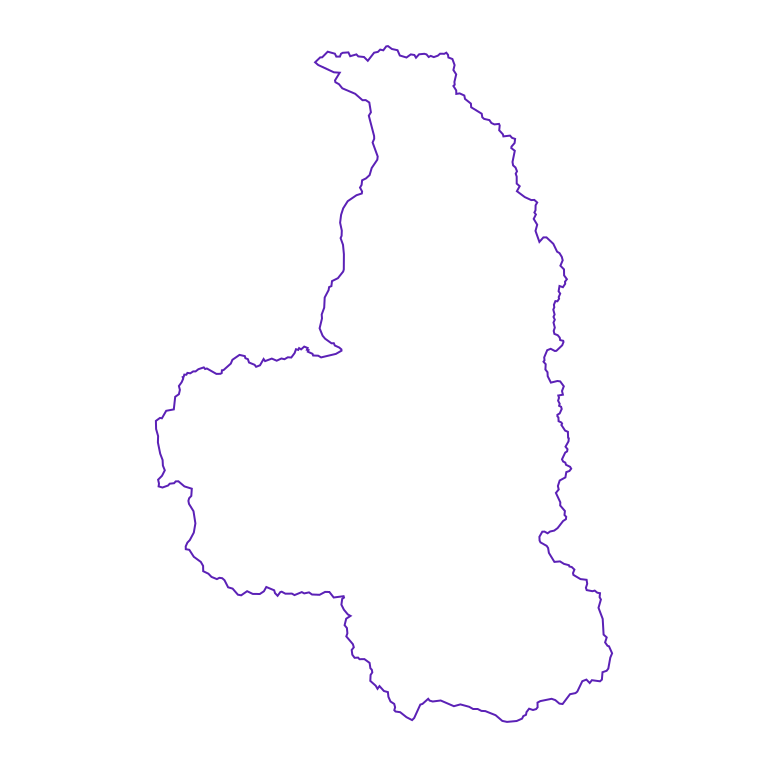 Pai, Mae Hong Son, Thailand
{"feature_id": "78962969B97978229640938", "entity_name": "Pai", "entity_type": "district", "adm_level": 2, "iso_a3": "THA", "parent_name": "Thailand", "parent_adm1": "Mae Hong Son", "projection": "robinson", "projection_center": [98.443, 19.365], "detail": "fine", "context": "isolated", "style": "outline", "palette": "violet", "viewbox_px": 768, "rotation_deg": 0, "n_neighbors": 0, "source": "geoboundaries", "source_scale": "gbopen_adm2", "svg_char_len": 6067}
<svg xmlns="http://www.w3.org/2000/svg" viewBox="0 0 768 768"><path d="M554.8,327.6L553.5,322.5L554.8,319.7L553.5,316.9L554.6,314.5L553.3,309.6L554.3,307.3L553.9,304.8L555.4,301.1L557.4,301.3L559.1,298.7L558.7,297.1L560.2,293.6L558.6,291.3L559.5,286.0L562.9,287.2L565.2,283.8L565.0,281.7L566.9,279.2L564.1,275.4L564.0,269.4L560.4,265.7L562.7,260.3L561.8,256.9L559.5,253.1L557.1,251.7L553.3,243.8L546.5,237.4L543.4,237.4L539.4,241.9L535.5,230.9L537.2,224.7L533.7,218.9L535.9,214.5L534.4,212.5L535.5,210.3L535.6,205.3L537.2,202.5L534.3,199.9L531.3,200.1L524.8,197.1L516.9,191.2L519.7,186.2L516.7,183.6L516.7,176.6L515.7,173.7L517.0,171.3L515.5,167.5L513.1,165.4L512.5,162.0L514.8,150.8L511.3,148.1L511.5,146.6L514.6,143.0L515.1,138.9L512.1,137.9L510.0,135.6L503.4,136.4L502.9,134.3L499.2,130.3L499.7,125.5L499.0,123.9L494.4,124.4L491.4,123.0L489.4,120.1L484.1,118.9L482.3,117.3L481.7,113.7L471.2,107.3L470.9,103.6L465.0,98.9L464.3,95.5L459.7,93.4L456.3,93.9L456.2,90.4L453.4,86.0L454.7,84.7L454.4,82.0L456.2,74.4L453.4,70.0L454.6,65.1L452.4,59.0L448.4,57.5L448.0,54.8L446.3,52.7L444.3,53.8L440.1,53.7L437.8,55.7L433.8,57.1L430.7,55.9L428.7,57.0L426.5,54.4L424.3,53.8L419.1,54.3L416.0,57.7L414.4,55.0L410.8,54.4L406.5,57.5L399.8,55.5L397.5,50.2L391.9,49.0L388.0,46.1L386.2,46.4L383.3,50.3L380.2,49.6L377.9,51.9L374.1,52.7L367.8,60.8L364.0,57.0L358.3,56.4L356.4,54.4L350.2,56.2L348.4,52.4L342.7,52.8L341.0,53.8L339.9,56.6L336.3,56.6L334.9,53.7L327.7,51.7L322.2,57.3L320.2,57.4L315.1,62.3L318.2,65.0L333.9,72.3L339.7,72.7L335.0,80.4L335.4,82.2L339.0,84.2L342.3,88.3L355.2,93.8L362.5,100.2L365.7,100.1L369.3,102.5L370.9,112.3L368.8,115.7L374.1,136.0L374.2,138.8L372.6,142.5L377.7,156.5L377.3,159.7L371.7,168.0L369.6,175.1L366.0,178.4L362.1,180.3L361.6,184.9L360.0,187.6L362.1,191.5L361.8,193.5L356.5,195.2L347.7,201.2L343.2,208.3L341.1,214.8L340.1,222.7L341.8,230.6L341.6,235.8L340.6,238.1L343.0,244.8L343.9,254.2L343.8,269.4L343.2,271.5L337.9,278.2L332.0,281.1L331.4,286.1L329.1,287.1L328.6,290.1L324.7,297.5L324.2,307.7L321.7,314.5L322.0,318.4L319.6,328.3L322.6,335.7L325.1,338.7L331.5,343.3L333.8,343.2L334.8,345.5L339.2,347.5L341.4,349.4L341.5,350.7L335.9,353.9L321.1,357.4L318.2,355.7L313.1,355.5L312.5,353.8L307.8,351.7L308.5,350.1L306.9,349.8L307.7,348.0L304.2,346.6L301.1,349.4L299.1,348.1L298.2,349.9L296.0,349.2L294.6,353.1L291.3,357.5L287.8,357.3L284.5,359.2L281.4,358.5L276.7,360.7L271.8,358.6L265.1,361.1L263.6,359.0L260.0,365.3L256.1,366.8L254.6,364.8L249.0,362.5L247.9,359.2L245.4,358.2L244.8,356.1L239.5,354.9L232.4,359.8L230.8,363.6L223.5,370.1L221.9,370.3L221.7,373.1L220.4,373.8L216.4,373.9L206.9,368.5L205.1,369.0L203.8,367.4L198.4,369.2L195.6,371.4L193.2,371.4L190.3,373.3L187.4,372.9L186.4,374.7L184.3,374.6L183.7,376.8L182.7,377.1L183.2,378.7L181.6,382.3L178.9,386.0L179.9,389.9L178.9,394.2L175.2,396.8L173.8,409.4L166.2,410.8L161.9,418.3L160.0,417.9L155.9,420.9L156.1,429.0L158.1,436.1L157.9,442.4L160.2,453.7L162.6,460.0L162.9,465.6L164.8,470.3L162.0,475.8L158.1,479.7L159.0,483.6L158.6,486.4L162.5,487.5L168.1,485.5L169.7,483.7L174.1,483.2L175.7,481.4L178.4,481.3L184.4,486.4L191.8,488.7L191.3,495.9L189.1,498.3L188.4,500.9L189.0,503.9L193.5,511.2L195.4,523.4L193.8,532.6L189.8,540.1L187.4,542.6L185.7,546.4L185.8,549.2L189.3,549.8L193.8,556.8L200.8,561.9L203.1,565.9L203.2,571.2L208.4,573.7L211.5,576.9L216.9,579.1L219.4,577.8L222.2,578.2L224.5,580.2L228.1,587.3L232.6,588.6L237.9,594.7L241.2,595.3L247.1,591.2L252.7,593.9L259.8,594.0L263.9,591.3L266.3,587.0L274.2,590.3L275.0,593.1L277.6,595.8L280.3,592.1L281.7,591.7L285.4,593.7L291.9,593.6L294.5,595.1L301.8,592.1L304.2,593.4L309.0,592.4L312.0,594.5L319.6,594.8L325.1,591.9L329.4,592.0L333.7,597.5L343.6,596.2L344.0,597.6L342.2,598.9L341.4,604.7L343.9,609.7L347.8,614.4L350.5,615.9L346.2,618.7L344.6,625.2L346.9,628.0L347.4,633.3L346.3,636.4L352.9,644.2L353.8,647.3L351.7,650.0L352.3,654.7L354.6,657.8L358.1,657.6L359.5,659.2L364.4,659.1L369.6,662.9L370.4,668.3L371.8,669.7L372.3,672.4L370.6,674.9L370.3,680.9L375.7,685.7L377.5,688.8L379.5,686.1L383.9,691.0L387.9,692.1L388.4,696.8L390.5,701.5L394.2,703.9L395.1,707.3L394.3,710.2L395.5,711.5L400.2,712.2L406.5,717.2L412.1,720.1L414.2,718.0L420.3,704.6L422.5,703.9L428.2,698.8L429.6,700.6L432.7,701.5L440.7,700.5L453.9,706.2L460.4,704.4L469.2,706.8L473.1,709.0L477.7,709.0L481.4,710.9L485.3,711.1L495.6,715.2L502.3,720.9L507.0,721.9L516.7,721.0L522.1,718.6L523.3,716.1L526.0,714.8L526.5,712.1L529.1,708.7L533.0,710.0L536.1,709.1L537.6,707.3L537.5,702.6L540.3,701.1L551.6,698.8L555.3,700.1L559.4,703.6L562.6,704.0L570.0,694.2L575.5,693.1L577.3,691.6L582.3,681.2L586.4,679.6L589.7,683.0L591.9,680.2L600.0,681.3L601.9,679.6L602.5,672.2L606.6,670.8L608.3,668.6L610.3,657.6L612.1,653.3L609.0,646.3L607.5,645.8L605.1,642.4L606.7,637.4L603.6,634.6L602.7,618.9L598.5,607.8L600.9,599.5L599.6,597.2L600.0,593.2L597.3,592.7L594.7,590.6L592.5,591.2L586.7,590.1L585.9,587.8L587.2,583.8L586.6,579.8L580.5,579.1L573.4,574.9L573.0,573.1L574.4,569.6L571.7,567.0L569.4,566.5L568.9,565.2L564.0,563.9L560.0,561.4L554.4,561.9L548.9,552.9L548.1,548.0L546.7,545.9L540.5,542.4L539.6,540.6L539.4,536.8L542.3,531.7L544.5,531.6L547.6,533.3L550.1,531.5L554.2,530.6L557.6,528.1L563.1,521.0L565.9,519.2L566.2,516.8L564.5,515.0L564.9,511.0L560.2,505.5L560.3,502.3L555.9,492.9L558.7,489.5L557.9,486.0L559.7,480.5L565.4,477.4L566.3,472.1L569.4,471.0L571.2,468.7L570.1,466.8L566.0,464.8L565.3,462.6L563.1,461.5L562.0,459.3L565.2,452.6L567.1,451.4L567.5,449.2L565.5,446.7L568.5,441.4L568.8,438.3L568.1,437.8L567.9,431.8L565.1,430.6L561.4,425.0L562.1,423.7L561.4,422.5L558.6,421.2L558.4,417.5L557.4,416.3L557.4,414.8L559.7,413.4L561.7,409.0L561.1,406.8L559.1,405.8L559.7,403.8L558.1,400.7L559.0,397.8L558.3,395.5L562.9,394.7L562.0,391.0L563.8,386.3L560.2,381.4L557.4,381.0L550.9,382.6L547.7,376.2L547.5,372.2L545.4,369.5L545.7,364.2L543.5,361.7L544.5,360.3L544.2,357.4L547.2,350.2L550.7,348.8L554.9,351.0L556.4,350.8L562.2,345.3L563.5,342.0L563.2,340.8L560.2,340.1L559.7,337.6L557.7,335.2L554.4,333.9L553.7,330.9L554.8,327.6Z" fill="none" stroke="#5b21b6" stroke-width="2"/></svg>